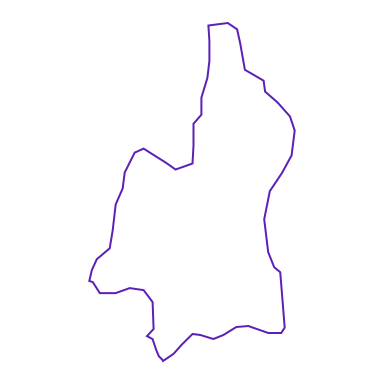 outline of Munkedal, Västra Götaland, Sweden
{"feature_id": "70781695B34337656625588", "entity_name": "Munkedal", "entity_type": "district", "adm_level": 2, "iso_a3": "SWE", "parent_name": "Sweden", "parent_adm1": "Västra Götaland", "projection": "mercator", "projection_center": [11.711, 58.612], "detail": "fine", "context": "isolated", "style": "outline", "palette": "violet", "viewbox_px": 384, "rotation_deg": 0, "n_neighbors": 0, "source": "geoboundaries", "source_scale": "gbopen_adm2", "svg_char_len": 902}
<svg xmlns="http://www.w3.org/2000/svg" viewBox="0 0 384 384"><path d="M284.7,327.7L281.2,284.1L280.2,272.2L274.2,267.2L268.2,252.2L264.2,219.3L269.8,191.2L282.2,172.6L291.6,155.4L294.7,130.5L290.0,116.5L277.6,102.5L265.1,91.6L263.6,80.7L262.1,79.8L244.9,69.8L240.2,43.3L237.1,29.3L227.7,23.0L208.4,25.5L209.4,40.9L209.4,60.9L207.4,77.8L201.4,97.7L201.4,114.7L193.5,123.7L193.5,145.6L192.5,163.5L175.5,169.5L165.6,162.5L154.6,155.6L143.6,148.6L134.7,152.6L124.7,172.5L122.7,188.4L115.7,204.4L112.7,230.3L109.7,248.3L96.8,259.2L91.8,270.2L89.3,281.0L92.8,282.1L99.8,293.1L105.7,293.1L115.7,293.1L129.7,288.1L143.6,290.1L152.6,302.1L153.6,329.0L147.0,336.1L152.6,339.1L156.2,350.0L158.9,356.3L162.5,359.9L163.0,361.0L173.5,353.9L181.5,344.9L192.5,334.0L200.4,335.0L213.4,339.0L223.4,335.0L236.3,327.0L248.3,326.0L268.2,333.0L281.2,333.0L284.7,327.7Z" fill="none" stroke="#5b21b6" stroke-width="2"/></svg>